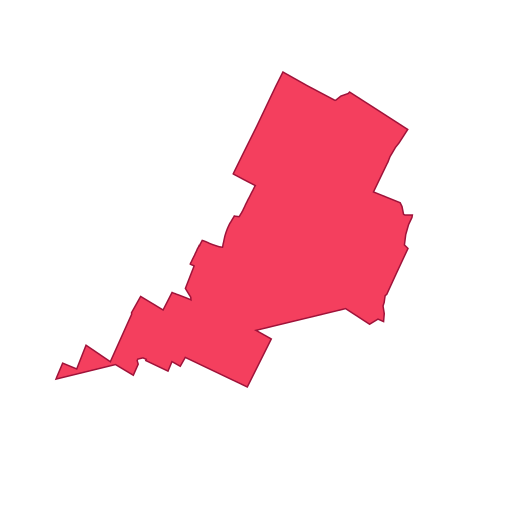 Chikindzonot, Yucatán, Mexico (Robinson projection), rotated 21°
{"feature_id": "50627088B66284744299832", "entity_name": "Chikindzonot", "entity_type": "district", "adm_level": 2, "iso_a3": "MEX", "parent_name": "Mexico", "parent_adm1": "Yucatán", "projection": "robinson", "projection_center": [-88.567, 20.253], "detail": "fine", "context": "isolated", "style": "filled", "palette": "rose", "viewbox_px": 512, "rotation_deg": 21, "n_neighbors": 0, "source": "geoboundaries", "source_scale": "gbopen_adm2", "svg_char_len": 2955}
<svg xmlns="http://www.w3.org/2000/svg" viewBox="0 0 512 512"><g transform="rotate(21 256 256)"><path d="M392.5,257.1L392.3,253.4L391.3,249.2L390.8,246.7L391.8,245.0L393.2,222.8L394.4,205.6L395.2,194.5L390.6,192.5L388.1,182.3L387.4,174.4L387.2,171.9L387.8,164.2L387.3,161.7L380.3,164.4L378.8,164.2L374.6,157.5L371.5,154.6L342.7,154.1L345.3,122.6L345.5,121.3L345.5,115.2L346.4,110.0L347.3,104.5L349.0,99.2L352.3,83.5L327.4,78.3L284.6,69.4L283.9,71.2L277.9,76.3L274.8,81.7L274.0,82.4L242.4,78.6L215.2,74.6L213.6,90.8L210.2,134.6L207.1,167.1L206.9,169.4L205.6,183.7L205.3,187.4L205.3,187.5L205.7,187.6L206.1,187.7L206.4,187.7L207.1,187.8L217.6,189.1L217.8,189.1L219.6,189.3L220.3,189.4L222.1,189.6L222.5,189.6L223.0,189.7L225.0,189.9L225.9,190.0L227.5,190.2L229.3,190.4L230.1,190.5L229.9,191.3L229.9,192.0L229.7,193.7L229.6,194.8L229.6,195.5L229.5,196.3L229.3,197.4L229.2,198.4L229.1,199.2L229.0,200.5L228.8,202.6L228.7,203.6L228.5,204.9L228.3,206.5L228.1,209.2L228.0,209.9L227.9,210.9L227.8,212.0L227.7,214.4L227.6,215.1L227.5,216.2L227.4,217.3L227.4,218.5L227.2,219.2L227.0,221.1L226.7,222.3L226.4,224.4L226.3,224.7L226.1,225.3L225.6,225.5L223.9,225.9L222.7,226.2L222.0,226.4L221.4,226.4L221.3,227.4L220.9,229.4L220.6,231.1L220.3,233.2L220.1,233.9L219.9,234.9L219.8,235.8L219.7,236.8L219.7,237.3L219.6,238.5L219.5,240.7L219.5,241.0L219.5,241.3L219.5,243.2L219.6,245.9L219.7,246.9L219.7,247.2L219.8,248.4L219.9,249.2L220.0,249.9L220.2,251.1L220.4,252.5L220.8,254.7L220.8,254.9L220.9,255.7L221.0,256.6L221.3,257.9L221.5,259.1L221.6,259.8L220.2,260.2L219.9,260.2L218.7,260.5L217.9,260.6L217.7,260.6L216.0,260.7L215.7,260.7L214.2,260.8L213.4,260.8L212.0,260.9L210.8,260.9L209.6,260.9L209.3,260.9L207.8,260.9L207.0,260.8L206.3,260.7L205.2,260.7L204.1,260.6L203.0,260.6L202.3,260.6L201.9,260.6L200.2,260.7L200.1,261.5L200.0,262.4L199.9,263.2L199.7,264.5L199.7,265.8L199.6,266.6L199.2,266.5L199.1,267.3L199.1,267.9L198.9,269.3L198.7,270.6L198.7,271.2L198.7,272.4L198.6,273.0L198.6,274.1L198.5,274.5L198.4,275.3L198.4,276.4L198.4,277.3L198.2,278.5L198.1,279.9L197.9,281.5L197.8,283.2L197.7,284.9L197.5,285.9L197.5,286.5L197.5,287.1L198.1,287.2L198.9,287.3L200.6,287.3L201.8,287.5L201.7,311.6L209.9,317.9L211.0,320.3L210.3,320.2L209.4,320.2L208.4,320.2L205.8,320.1L204.7,320.1L203.1,320.1L201.9,320.1L201.5,320.1L200.3,320.1L198.9,320.1L197.4,320.1L195.2,320.2L194.4,320.1L194.0,320.1L192.6,320.2L191.7,320.2L191.0,320.1L190.7,320.1L188.6,339.7L162.8,335.1L160.1,353.6L160.8,354.9L159.7,374.4L159.7,374.5L157.9,406.7L157.9,406.9L129.3,400.2L129.1,425.7L113.9,425.3L113.4,440.2L113.4,442.6L163.7,407.7L184.2,411.3L184.2,411.2L184.8,399.2L182.5,396.2L182.6,394.6L187.0,391.6L190.6,391.8L190.6,393.1L215.1,395.0L215.4,384.7L224.8,386.1L226.3,376.0L294.8,381.4L298.3,345.5L300.0,328.0L292.8,326.9L292.5,326.9L282.6,325.4L297.5,315.1L358.5,273.0L386.5,279.0L392.5,271.2L398.6,271.5L396.4,263.9L392.5,257.1Z" fill="#f43f5e" stroke="#9f1239" stroke-width="1.5"/></g></svg>